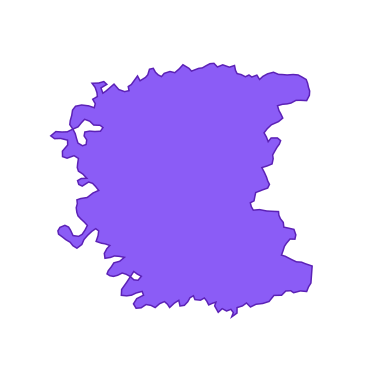 Ajuricaba, Rio Grande do Sul, Brazil, rotated 75°
{"feature_id": "56859067B1227698309076", "entity_name": "Ajuricaba", "entity_type": "district", "adm_level": 2, "iso_a3": "BRA", "parent_name": "Brazil", "parent_adm1": "Rio Grande do Sul", "projection": "robinson", "projection_center": [-53.739, -28.208], "detail": "fine", "context": "isolated", "style": "filled", "palette": "violet", "viewbox_px": 384, "rotation_deg": 75, "n_neighbors": 0, "source": "geoboundaries", "source_scale": "gbopen_adm2", "svg_char_len": 3709}
<svg xmlns="http://www.w3.org/2000/svg" viewBox="0 0 384 384"><g transform="rotate(75 192 192)"><path d="M317.8,107.0L313.8,104.0L310.7,100.7L294.6,95.1L290.6,101.1L288.1,104.4L286.5,109.2L283.2,113.1L278.2,118.6L276.1,121.9L272.5,119.4L268.4,116.8L266.0,114.1L262.8,109.5L264.2,104.8L260.3,102.8L254.5,103.2L252.0,107.9L249.7,112.4L245.0,111.7L240.8,113.5L236.9,114.1L233.3,113.5L231.6,118.9L229.7,124.7L226.5,131.3L225.4,137.5L221.6,138.5L217.5,138.5L216.6,134.4L212.9,132.6L209.0,130.6L208.2,123.2L207.8,117.9L204.7,115.2L200.9,116.0L197.0,116.2L192.0,117.0L186.5,118.2L186.3,112.7L185.6,107.4L180.9,105.0L177.1,104.5L174.2,101.7L170.8,98.3L168.4,95.3L165.3,93.1L161.9,95.5L160.3,101.6L163.1,105.4L158.2,105.9L153.5,107.1L150.3,102.9L147.6,97.9L146.4,90.2L144.1,85.2L139.6,86.0L136.0,86.9L130.8,87.1L130.7,81.9L131.5,77.4L131.7,73.4L130.4,67.9L131.5,63.5L133.4,57.6L129.0,53.6L124.9,52.2L121.2,52.4L116.8,52.2L112.9,52.6L109.3,56.1L106.4,59.2L104.7,63.9L103.6,69.8L102.0,74.1L100.8,78.0L97.4,82.3L97.4,88.5L98.7,93.7L100.8,97.6L95.9,99.1L96.4,104.5L93.7,106.7L94.5,110.6L91.3,114.1L89.3,117.8L85.8,118.5L80.8,118.2L81.1,123.6L77.1,129.4L77.8,135.1L73.4,137.5L72.7,141.4L73.6,145.4L74.8,149.9L74.3,153.6L75.1,161.2L71.8,162.9L66.7,167.8L69.7,172.4L72.3,177.7L69.9,182.1L70.2,188.1L72.6,191.6L70.2,194.3L66.9,196.3L62.5,197.4L62.4,201.3L67.4,204.4L69.3,207.3L71.1,213.4L65.8,214.6L72.5,222.8L73.6,226.3L77.8,226.6L77.6,231.1L74.1,236.2L67.6,239.4L72.2,248.9L73.5,252.5L67.9,253.0L66.0,246.4L62.5,248.6L62.6,254.0L61.1,260.4L65.9,258.5L71.5,258.1L75.3,258.7L76.7,263.9L81.7,262.6L85.3,264.6L82.0,269.6L79.4,276.1L79.0,282.3L82.0,286.2L86.8,288.3L91.5,291.1L95.3,292.6L100.4,290.8L101.6,296.9L100.4,302.1L98.4,307.9L101.2,313.9L104.9,311.0L106.3,305.0L109.7,298.8L114.4,299.9L117.0,303.7L119.0,306.6L124.3,307.9L127.0,303.9L126.4,296.5L130.2,293.0L135.0,295.1L138.7,296.5L142.5,296.3L146.4,292.8L151.5,290.1L150.3,295.5L151.4,299.6L155.4,299.4L157.9,296.5L155.6,289.3L157.9,285.8L161.7,283.7L166.3,281.7L167.3,287.8L170.2,294.7L169.5,301.3L169.8,305.2L173.6,305.8L177.2,307.9L181.8,308.5L185.6,308.3L189.5,306.2L192.9,304.0L197.2,301.7L201.1,305.2L204.5,309.1L205.5,313.0L203.3,318.2L197.1,319.3L193.9,320.3L191.3,323.4L192.0,328.7L194.8,331.6L198.2,331.8L201.9,328.8L205.3,326.3L209.0,322.7L213.1,320.9L216.5,317.7L214.2,312.0L210.0,308.7L206.8,304.0L204.0,298.8L202.5,294.5L205.4,292.2L209.8,294.0L214.9,297.4L218.1,292.6L219.6,289.3L222.4,285.2L224.7,288.9L228.6,292.6L233.5,293.2L234.1,287.7L233.7,283.5L235.3,279.0L237.6,274.2L240.2,279.8L240.2,285.8L243.4,289.3L246.3,293.2L249.1,295.3L251.6,293.0L253.2,289.7L253.2,285.4L252.2,280.4L254.4,276.9L257.8,273.4L262.6,278.8L267.9,285.2L273.5,287.0L275.4,282.0L276.0,277.1L275.1,272.1L275.1,265.9L279.1,265.5L280.7,273.0L284.9,277.5L289.8,276.1L290.7,271.1L288.8,265.5L290.9,261.0L294.1,257.5L291.5,252.2L290.7,247.0L294.1,244.7L297.8,243.5L294.8,237.9L293.2,232.8L299.0,233.1L299.5,228.7L296.9,224.5L293.6,221.3L292.6,217.5L296.7,217.0L298.7,211.8L297.6,207.5L301.1,206.0L305.4,205.1L304.8,201.3L304.6,197.4L307.9,199.6L315.0,197.8L312.5,193.0L315.9,189.4L315.4,184.8L319.2,183.3L322.9,186.0L320.6,179.9L315.3,178.4L315.1,172.8L313.3,168.1L318.2,165.3L317.0,159.2L318.0,152.5L317.7,145.9L313.1,139.6L314.9,132.2L311.9,127.0L312.9,122.2L315.6,119.9L315.6,112.9L317.8,107.0ZM100.4,290.8L99.6,285.2L96.6,281.1L94.0,276.9L97.2,272.4L101.9,269.6L103.8,263.5L106.7,261.3L109.6,264.7L108.4,270.3L106.7,275.1L106.3,280.0L109.9,281.7L114.4,280.2L118.7,282.0L119.0,285.8L115.2,289.5L110.4,289.7L105.4,289.7L100.4,290.8ZM257.8,273.4L253.7,268.8L257.0,266.2L260.3,262.7L263.3,267.0L261.8,270.9L257.8,273.4Z" fill="#8b5cf6" stroke="#5b21b6" stroke-width="1.5"/></g></svg>